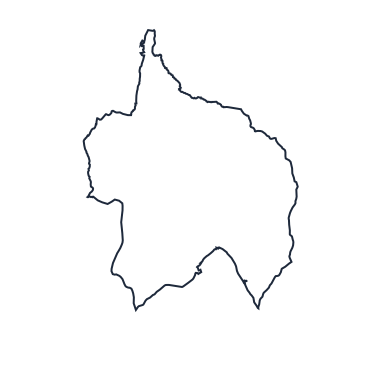 Bello, Antioquia, Colombia (Robinson projection), rotated 205°
{"feature_id": "7082276B79272217078231", "entity_name": "Bello", "entity_type": "district", "adm_level": 2, "iso_a3": "COL", "parent_name": "Colombia", "parent_adm1": "Antioquia", "projection": "robinson", "projection_center": [-75.562, 6.361], "detail": "fine", "context": "isolated", "style": "outline", "palette": "slate", "viewbox_px": 384, "rotation_deg": 205, "n_neighbors": 0, "source": "geoboundaries", "source_scale": "gbopen_adm2", "svg_char_len": 6070}
<svg xmlns="http://www.w3.org/2000/svg" viewBox="0 0 384 384"><g transform="rotate(205 192 192)"><path d="M82.7,114.6L83.3,115.7L83.6,118.5L84.8,122.4L84.8,124.2L83.9,126.9L84.4,129.6L84.4,131.0L82.9,134.6L81.9,137.8L82.0,140.4L81.3,142.6L80.9,149.8L80.6,151.1L78.7,152.3L78.0,153.2L77.8,153.9L77.6,156.9L78.2,160.2L78.1,160.5L75.9,163.7L73.8,168.1L72.3,170.7L75.7,173.7L76.6,174.9L76.8,176.9L77.3,178.2L77.6,179.7L77.5,183.8L77.8,186.3L78.8,189.1L79.5,190.3L80.5,191.3L82.4,193.7L83.1,194.2L84.8,194.5L85.5,195.0L87.1,198.6L90.1,203.4L92.3,207.6L93.0,208.5L93.5,209.6L94.3,214.4L94.4,216.5L94.3,220.5L93.5,224.3L93.5,225.6L94.4,227.5L94.6,229.8L95.2,232.0L98.5,238.3L98.4,241.0L98.5,241.6L101.6,245.0L103.5,245.0L105.8,248.1L108.9,251.2L111.3,255.8L115.3,260.9L117.3,261.8L121.2,262.0L122.4,263.8L124.1,267.5L125.3,269.1L126.8,269.6L128.6,269.8L129.4,270.6L134.4,272.2L137.3,274.0L138.9,276.1L140.2,275.7L142.3,273.8L143.4,273.4L144.1,273.6L145.7,274.8L147.9,274.7L150.3,275.8L154.0,276.5L155.8,276.2L158.5,275.0L160.2,273.7L160.7,273.7L161.4,274.8L162.9,275.8L164.0,276.0L165.9,275.8L166.8,276.3L167.3,277.3L167.3,278.5L167.7,279.2L169.6,281.5L171.0,282.5L173.0,284.7L174.0,284.8L174.6,284.4L178.1,284.9L181.3,286.7L182.5,287.7L195.4,284.1L196.7,283.6L198.4,282.6L199.4,282.5L199.4,282.2L201.0,282.1L202.2,282.8L202.6,283.3L204.1,283.6L204.7,283.4L205.3,283.6L205.8,283.3L206.3,283.5L206.4,283.3L207.0,283.8L208.0,284.1L211.4,282.3L211.6,282.1L212.0,282.1L212.6,281.4L213.7,281.3L214.4,280.9L215.0,280.9L216.0,280.0L216.9,280.4L217.2,280.3L217.5,280.6L219.8,281.0L220.6,280.7L221.7,281.1L222.5,281.0L223.2,280.6L223.9,281.4L224.8,280.8L226.3,280.7L226.8,280.4L227.2,279.3L227.9,278.5L228.6,278.2L229.4,278.4L229.6,278.0L230.3,277.5L231.1,277.6L232.1,277.3L235.1,278.9L235.9,278.6L237.7,278.8L239.3,278.5L240.2,278.8L241.1,278.4L243.0,278.7L243.9,278.2L244.5,278.3L246.2,279.1L246.2,279.3L246.5,279.3L246.4,279.5L246.9,279.5L247.3,279.9L246.2,281.7L247.9,282.8L247.8,283.6L248.0,284.1L249.4,285.5L252.4,286.7L253.6,286.7L254.4,287.4L255.9,287.4L256.4,288.2L257.8,288.1L258.7,289.5L260.0,289.4L260.3,289.8L260.8,289.7L261.6,290.2L263.4,289.8L263.8,290.2L263.9,290.8L265.0,292.0L266.5,292.3L266.7,292.7L267.3,292.9L267.4,293.5L267.8,293.5L268.3,293.0L268.9,293.0L269.4,293.8L271.0,294.5L272.1,295.4L272.2,296.0L273.3,296.5L274.1,298.3L274.9,298.8L275.1,298.3L275.3,298.3L276.2,300.0L276.9,300.6L277.2,302.1L277.8,302.9L278.5,303.1L279.2,302.8L279.2,302.4L280.0,301.9L280.3,301.2L280.6,301.3L281.8,301.0L281.9,300.7L282.3,300.7L282.6,300.5L282.7,299.9L283.5,299.7L284.5,300.3L284.9,300.3L285.5,301.0L286.4,301.4L287.2,302.4L288.9,306.7L288.3,310.7L288.4,311.3L290.9,314.6L291.3,315.7L291.5,317.8L292.7,319.7L293.5,321.6L294.3,322.4L294.8,322.6L295.2,321.8L295.9,321.4L300.2,320.2L300.4,313.9L299.2,310.2L298.8,307.7L298.5,307.1L298.7,306.8L299.1,307.1L299.2,307.3L299.1,307.7L299.8,308.2L300.2,308.0L301.0,308.2L301.3,305.1L301.0,304.9L300.7,303.6L300.5,304.2L299.6,304.8L299.3,305.4L298.9,303.2L297.6,304.0L296.2,301.2L296.6,300.4L295.6,299.1L295.0,298.9L294.9,298.4L294.6,298.3L296.0,296.9L296.1,296.4L296.8,296.6L297.3,296.2L295.2,294.9L294.7,295.0L294.0,294.9L293.3,295.6L293.0,295.6L292.1,291.1L291.7,287.1L291.1,285.1L291.2,284.4L291.7,283.2L290.9,280.0L290.2,278.5L289.2,277.7L287.8,274.5L287.2,272.4L286.4,270.7L286.0,268.6L285.5,268.0L285.7,264.9L284.7,262.0L284.4,260.1L283.1,255.8L281.0,250.8L279.8,248.8L280.7,248.2L280.3,247.8L280.2,247.1L279.7,246.7L279.7,245.1L278.9,243.3L279.0,242.2L279.7,241.4L279.6,240.7L280.0,240.5L280.0,239.6L280.5,238.8L280.2,237.1L279.8,236.5L279.7,235.9L282.5,234.6L287.6,233.6L290.9,233.7L293.8,232.2L294.9,232.0L297.9,232.2L298.2,232.0L298.7,231.6L298.9,231.1L298.5,229.8L298.7,228.8L299.3,227.2L300.1,226.4L301.3,226.2L302.4,226.3L303.0,226.0L304.5,220.6L305.0,219.3L306.0,218.6L308.7,218.9L309.1,218.7L308.2,215.2L307.4,213.5L307.3,213.0L307.8,212.9L307.4,211.4L307.2,209.5L307.6,208.2L308.3,207.8L309.2,206.3L309.4,202.8L309.2,201.6L309.3,201.1L309.6,199.3L310.4,199.3L310.5,198.9L310.4,198.3L310.6,198.0L310.7,196.7L311.2,195.9L311.3,194.8L311.7,194.2L311.7,192.4L309.2,188.5L307.1,185.8L304.8,184.0L304.2,183.0L302.9,182.2L301.8,180.9L300.5,180.0L298.1,177.1L297.7,176.2L297.6,175.1L297.3,174.1L296.2,173.7L295.4,171.8L295.2,170.3L295.6,169.2L294.6,168.0L294.7,166.4L294.2,165.3L293.0,163.6L292.2,162.8L291.2,162.5L290.9,161.0L288.3,158.9L287.8,158.2L287.0,156.0L285.9,154.2L283.8,153.9L283.0,153.1L282.7,151.9L283.0,150.1L284.0,148.1L284.2,143.9L284.5,143.3L284.1,143.3L283.0,144.7L281.4,144.7L280.5,145.5L279.9,145.3L279.4,146.0L273.9,144.6L269.0,144.7L263.4,145.5L260.6,149.4L258.8,152.5L254.4,153.3L250.4,152.3L249.1,150.2L247.2,146.0L243.4,134.7L237.8,125.3L234.3,118.9L233.6,116.7L233.4,114.5L233.3,110.9L233.6,107.4L233.9,104.9L233.6,94.2L232.4,88.4L231.5,86.2L229.1,84.1L227.2,84.4L225.8,85.3L222.3,85.3L220.5,84.8L218.1,83.6L214.1,79.8L212.3,78.5L211.1,78.3L209.4,78.4L208.0,78.9L206.1,78.8L204.4,77.4L202.5,75.3L200.2,72.0L197.8,66.5L193.0,61.4L192.4,65.1L191.9,66.1L188.9,68.8L188.5,69.5L188.2,73.9L187.6,75.8L185.4,78.6L183.9,82.1L182.7,83.4L181.8,86.6L179.9,89.9L177.3,95.7L176.5,96.6L175.6,97.1L173.4,98.1L160.9,101.7L160.1,102.6L157.1,108.0L154.6,112.8L154.2,114.1L154.1,118.0L154.5,119.4L154.4,120.3L153.6,120.6L152.9,120.6L152.6,120.9L152.1,120.9L151.6,120.5L149.8,123.3L151.4,125.0L151.7,124.5L152.8,123.7L154.6,125.7L155.7,126.1L155.5,126.8L154.2,128.7L153.9,129.7L153.7,131.3L154.3,131.2L153.3,133.6L153.3,135.4L152.9,137.1L151.6,140.1L150.7,141.4L149.2,144.4L147.9,147.4L147.5,149.2L146.8,150.1L146.1,150.2L145.9,151.1L146.3,151.8L144.9,151.7L145.0,152.3L144.5,152.5L144.2,152.3L144.0,152.9L143.9,152.9L143.9,153.2L140.2,153.2L135.0,152.0L133.9,151.1L128.3,148.9L122.8,145.2L120.6,143.2L117.9,139.5L115.7,137.5L108.1,132.8L107.1,133.8L106.7,133.4L105.4,134.5L105.1,134.5L105.0,134.3L107.4,132.3L106.3,131.4L105.5,131.7L104.9,130.9L105.1,130.8L100.0,126.4L97.6,125.2L95.8,124.0L94.3,123.5L91.6,122.0L89.0,118.3L85.7,116.4L83.3,114.7L82.7,114.6Z" fill="none" stroke="#1e293b" stroke-width="2"/></g></svg>